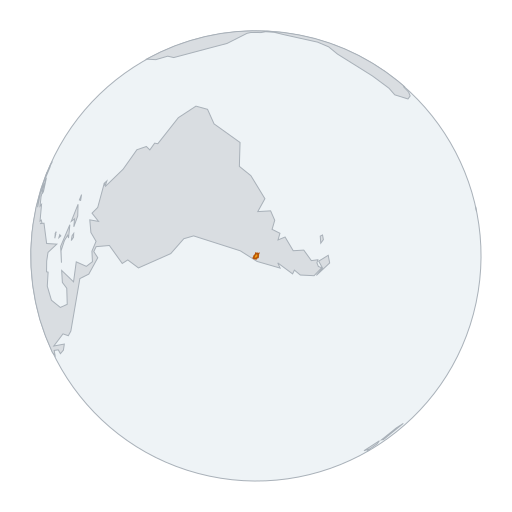 globe centered on Ñuble, rotated 282°
{"feature_id": "CHL-20010", "entity_name": "Ñuble", "entity_type": "Region", "adm_level": 1, "iso_a3": "CHL", "parent_name": "Chile", "parent_adm1": "", "projection": "orthographic", "projection_center": [-71.968, -36.605], "detail": "fine", "context": "on_globe", "style": "filled", "palette": "amber", "viewbox_px": 512, "rotation_deg": 282, "n_neighbors": 0, "source": "natural_earth", "source_scale": "10m", "svg_char_len": 4236}
<svg xmlns="http://www.w3.org/2000/svg" viewBox="0 0 512 512"><g transform="rotate(282 256 256)"><circle cx="256" cy="256" r="225" fill="#eef3f6" stroke="#a8b0b8"/><path d="M232.8,31.9L236.5,31.7L240.2,31.3L239.6,31.3L258.0,30.7L276.4,31.6L294.6,34.1L294.8,34.1L285.8,32.9L270.0,31.5L258.3,32.2L273.7,32.0L276.3,33.3L280.0,33.8L284.4,34.2L286.5,33.9L289.0,34.7L274.8,34.7L272.3,33.9L276.8,33.8L269.4,33.4L259.8,34.4L261.9,35.5L245.2,37.5L246.5,38.5L243.6,39.9L242.7,38.0L244.0,41.8L224.7,48.6L226.2,58.7L216.3,51.8L207.6,52.3L197.0,54.4L197.0,56.0L183.1,58.1L170.2,65.1L165.0,75.3L169.5,81.4L185.1,77.6L189.9,72.1L201.5,68.9L192.8,82.9L212.9,81.4L210.6,92.2L216.4,97.2L226.6,94.5L237.1,96.5L244.7,89.6L256.8,85.9L257.1,94.8L263.8,86.7L270.6,91.1L294.8,92.4L292.9,94.3L313.3,108.0L335.2,117.4L340.3,126.0L337.7,130.1L345.3,133.4L345.4,136.6L375.2,151.3L390.1,166.1L389.4,178.1L376.5,187.5L363.7,216.8L340.2,221.1L333.5,234.3L313.9,252.8L299.8,248.5L303.2,260.9L294.8,266.9L285.4,266.2L283.2,274.7L276.3,274.2L280.6,280.5L268.9,291.3L271.7,301.5L263.0,311.1L265.2,317.3L262.0,317.0L258.7,319.2L258.2,322.7L248.8,316.9L246.6,303.3L250.2,296.5L246.1,295.5L253.8,278.7L249.2,282.1L250.9,258.2L257.8,239.6L262.7,190.8L257.9,181.8L240.6,172.1L219.9,143.5L225.5,131.4L220.9,126.7L235.8,110.4L231.9,97.7L226.6,96.4L221.4,101.6L203.5,96.2L197.3,88.4L144.1,90.5L139.0,89.0L139.7,83.4L125.9,76.9L130.0,86.8L123.9,87.2L119.8,85.0L123.1,82.1L121.7,78.2L116.8,80.2L119.4,76.8L133.9,66.7L149.0,57.7L164.9,50.0L181.3,43.5L198.2,38.3L215.4,34.4L232.8,31.9ZM224.8,62.9L247.9,67.4L234.6,68.9L237.2,67.5L231.4,65.4L220.5,64.2L209.0,67.1L224.8,62.9ZM235.5,55.6L231.5,55.5L235.4,55.1L235.5,55.6ZM264.5,329.5L249.6,319.1L258.0,323.6L264.0,318.4L271.7,326.5L264.5,329.5ZM282.0,316.7L288.8,314.7L290.4,316.7L286.0,318.5L282.0,316.7ZM456.4,358.9L452.2,366.6L452.4,364.9L448.1,371.2L444.6,373.5L441.2,372.0L442.5,358.2L447.7,351.3L456.3,332.5L470.5,293.6L475.7,283.6L478.0,271.8L478.3,238.0L478.6,227.1L477.4,218.8L475.6,214.4L473.6,204.6L472.0,201.0L457.9,183.5L450.2,168.2L433.0,134.3L433.1,128.1L427.2,117.1L425.8,107.9L435.7,120.2L444.8,133.1L452.9,146.6L460.1,160.7L466.3,175.2L471.4,190.1L475.5,205.4L478.5,220.9L480.4,236.5L481.2,252.3L481.0,268.1L479.6,283.8L477.1,299.4L473.5,314.8L468.8,329.9L463.1,344.6L456.4,358.9ZM432.3,115.9L434.3,118.6L432.3,115.9ZM295.5,92.4L298.4,94.5L294.6,94.1L295.5,92.4ZM232.7,72.1L237.6,71.9L240.2,73.0L236.4,73.6L232.7,72.1ZM274.1,71.6L279.8,72.6L273.9,72.9L274.1,71.6ZM251.5,68.1L269.6,71.2L258.1,73.3L246.7,71.7L254.6,70.8L251.5,68.1ZM233.0,59.4L236.1,59.6L235.1,60.9L233.0,59.4ZM238.3,55.4L237.1,55.6L235.6,54.8L238.3,55.4ZM277.2,33.3L278.4,33.3L282.8,33.8L280.7,33.8L277.2,33.3ZM302.6,36.0L306.1,37.2L302.1,36.1L299.9,36.0L288.8,33.9L294.8,34.1L294.0,34.2L302.6,36.0ZM275.7,31.9L282.0,32.7L274.8,31.9L275.7,31.9ZM349.9,460.6L345.2,462.6L348.1,461.2L349.9,460.6ZM103.0,418.9L102.2,416.9L108.7,422.2L116.9,428.9L122.9,434.9L103.0,418.9ZM97.5,413.6L91.6,408.1L87.7,405.2L90.5,406.6L88.0,402.1L100.9,415.1L97.5,413.6Z" fill="#d9dde1" stroke="#a8b0b8" stroke-width="1"/><path d="M259.0,255.5L258.9,255.5L258.8,255.9L258.8,256.0L258.9,256.3L258.7,256.3L258.6,256.5L258.5,256.8L258.4,256.9L258.4,257.0L258.5,257.0L258.5,257.3L258.5,257.5L258.4,257.4L258.4,257.5L258.5,257.5L258.6,257.8L258.8,258.0L258.5,258.0L258.4,258.0L258.2,258.0L258.1,257.9L257.8,257.7L257.6,257.7L257.5,257.8L257.4,257.8L257.3,258.0L257.2,258.1L256.9,258.0L256.7,258.0L256.3,258.2L256.1,258.2L255.9,258.2L255.6,258.3L255.4,258.3L255.1,258.3L255.1,258.2L255.1,257.9L255.3,257.8L255.3,257.7L255.2,257.6L254.9,257.5L254.8,257.4L254.7,257.3L254.5,257.2L254.4,257.2L254.3,257.3L254.2,257.3L253.9,257.2L254.0,257.1L254.1,256.9L254.0,256.7L253.9,256.4L253.7,256.2L253.4,256.0L253.4,255.8L253.3,255.7L253.3,255.4L253.2,255.5L253.2,255.4L253.1,255.1L253.2,254.9L253.3,254.8L253.3,254.7L253.2,254.4L253.3,254.3L253.3,254.2L253.4,253.8L253.7,253.7L253.8,253.7L254.0,253.8L254.3,253.9L254.5,254.2L254.7,254.4L254.9,254.4L255.3,254.4L255.5,254.3L255.6,254.1L256.3,254.5L256.5,254.6L256.8,254.8L257.8,255.3L258.3,255.3L258.4,255.2L258.6,255.2L258.8,255.2L258.8,255.3L258.9,255.5L259.0,255.5L259.0,255.5Z" fill="#f59e0b" stroke="#b45309" stroke-width="1.5"/></g></svg>